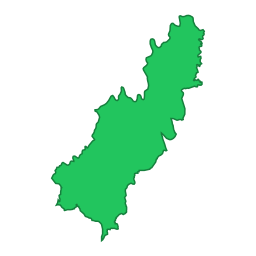 outline of Olintla, Puebla, Mexico
{"feature_id": "50627088B53016454069278", "entity_name": "Olintla", "entity_type": "district", "adm_level": 2, "iso_a3": "MEX", "parent_name": "Mexico", "parent_adm1": "Puebla", "projection": "robinson", "projection_center": [-97.671, 20.114], "detail": "fine", "context": "isolated", "style": "filled", "palette": "green", "viewbox_px": 256, "rotation_deg": 0, "n_neighbors": 0, "source": "geoboundaries", "source_scale": "gbopen_adm2", "svg_char_len": 5769}
<svg xmlns="http://www.w3.org/2000/svg" viewBox="0 0 256 256"><path d="M204.0,33.4L203.5,33.1L203.6,32.7L204.3,31.3L203.0,29.7L200.6,30.5L199.2,30.1L198.2,28.7L195.1,25.8L193.3,21.6L193.1,18.5L192.9,17.7L192.3,17.0L189.9,15.7L188.4,15.4L186.5,15.6L184.8,16.4L183.0,16.7L181.9,16.5L180.7,15.9L180.0,15.9L179.3,16.3L179.2,17.1L180.3,23.3L179.8,26.0L179.1,26.3L177.8,26.3L175.2,25.3L172.9,23.3L171.7,23.5L171.3,23.9L170.3,25.6L170.0,30.7L168.6,34.0L168.5,34.8L168.9,35.9L169.9,37.0L170.0,38.1L169.6,39.1L166.7,41.9L165.1,42.4L163.8,42.4L162.5,43.5L161.6,44.4L161.1,46.3L160.5,46.6L159.9,47.4L158.3,47.6L157.8,47.4L156.9,46.7L155.5,45.1L155.1,43.7L154.6,41.0L153.9,39.6L153.3,39.2L152.4,38.9L151.0,39.2L150.5,40.0L150.2,41.1L150.2,43.9L151.4,47.5L152.5,49.8L152.9,51.1L152.7,52.6L151.7,54.9L150.8,55.9L146.4,57.8L146.0,59.3L146.3,61.0L147.1,62.4L147.6,62.8L147.5,63.9L146.6,65.3L143.8,67.6L143.2,68.6L143.5,70.0L147.5,77.0L147.3,78.0L147.6,80.4L148.4,83.6L148.6,85.8L147.9,89.0L144.8,91.2L144.5,92.3L144.5,96.1L144.2,98.7L143.9,99.3L143.4,99.6L142.7,99.5L141.5,98.7L141.0,96.6L140.4,95.3L139.2,94.6L138.5,94.6L138.0,94.8L137.5,95.7L137.2,98.9L136.3,101.1L135.7,101.6L134.1,101.6L132.8,100.7L132.3,99.7L131.0,98.3L130.2,97.8L128.0,97.5L126.0,95.5L125.3,94.4L125.0,92.4L123.6,88.2L122.9,87.4L121.7,87.0L121.2,87.8L121.4,91.1L120.1,94.1L118.7,95.9L118.5,96.9L118.7,98.8L118.3,99.6L117.4,100.5L116.9,100.5L116.0,100.2L115.0,99.2L114.1,97.3L112.9,95.7L112.7,95.5L112.0,95.7L111.0,96.3L108.7,100.5L106.5,103.3L104.6,104.7L100.6,106.5L98.6,109.0L97.4,109.6L95.0,109.8L95.0,110.6L95.3,111.3L96.5,111.6L97.3,112.4L99.2,115.5L99.6,117.4L98.2,122.1L96.7,123.6L96.3,124.3L96.1,127.2L95.7,128.5L94.5,130.3L94.3,131.9L93.5,133.5L92.3,135.1L92.1,136.3L94.3,139.1L94.6,139.7L94.1,140.2L93.0,140.7L92.1,141.6L89.1,145.3L87.7,147.7L87.1,147.9L86.0,146.5L85.3,146.4L85.0,146.8L85.2,148.3L85.0,149.6L82.6,150.3L82.1,152.1L82.2,153.3L82.1,153.7L80.4,154.7L79.5,156.0L79.1,157.5L78.4,158.0L77.5,157.9L75.0,156.2L74.1,156.1L73.2,156.4L72.9,157.3L72.9,158.4L73.8,160.6L73.8,161.4L71.8,161.1L71.0,161.2L70.3,162.0L69.7,164.1L68.3,165.1L67.2,165.1L63.1,162.5L62.6,162.6L62.0,163.1L61.2,164.9L60.8,165.4L60.4,165.7L59.6,165.8L59.0,167.0L58.4,167.4L57.0,167.3L56.4,168.7L56.4,169.3L55.5,170.0L55.1,170.7L55.7,171.9L55.6,172.9L55.1,173.7L54.1,174.1L53.3,174.9L51.7,178.2L55.7,183.4L58.9,183.8L60.3,185.3L61.7,187.7L61.0,188.0L61.2,189.0L60.7,191.3L60.6,194.4L59.4,195.1L59.1,195.5L59.4,197.6L60.0,199.1L59.7,201.4L59.5,201.5L59.0,201.1L58.2,199.9L57.6,202.9L56.4,205.1L57.8,204.7L60.4,205.1L62.0,207.4L64.1,208.9L64.3,209.4L64.2,210.1L64.6,210.5L67.7,209.6L70.0,209.7L72.4,209.4L73.0,209.1L73.2,208.8L74.0,208.9L74.4,208.7L74.4,208.1L74.7,207.8L76.1,207.0L76.4,206.6L76.5,205.8L76.2,204.8L76.5,204.5L76.9,204.5L77.0,205.2L77.8,206.4L78.7,206.5L78.9,207.4L79.9,208.8L80.3,210.7L84.0,214.0L85.4,216.4L87.9,217.2L89.1,218.0L90.8,218.2L91.5,218.9L92.0,220.4L93.4,220.5L95.4,221.2L98.1,221.3L99.2,221.8L101.0,223.6L101.6,224.6L102.6,229.1L102.6,233.9L101.6,236.7L101.6,240.6L103.0,239.5L103.0,238.6L103.8,238.1L104.5,236.1L105.0,235.7L105.1,235.3L107.5,234.3L107.5,232.7L107.0,231.6L107.3,230.4L107.2,229.5L108.1,229.2L110.1,229.6L110.4,228.8L111.1,228.2L112.1,228.4L114.3,228.3L116.5,229.1L117.7,229.1L118.2,228.8L117.9,227.5L118.1,226.8L117.4,224.3L116.8,223.7L115.2,223.7L115.2,222.7L114.5,222.1L114.5,221.6L114.8,220.9L115.4,220.7L115.5,219.1L116.2,218.4L116.1,217.5L116.7,217.2L119.1,214.6L121.1,213.6L122.1,213.7L123.2,214.5L125.2,213.5L125.4,212.8L126.2,212.6L126.6,211.9L126.4,211.2L126.6,209.5L126.6,207.2L126.4,206.5L126.1,206.3L126.0,205.2L125.5,204.3L125.2,202.9L125.8,201.7L125.6,200.4L124.6,197.6L126.1,195.4L125.3,191.0L125.5,189.2L126.9,187.7L127.3,185.9L128.5,184.5L130.5,183.4L131.3,183.3L132.6,184.0L134.1,184.2L134.8,183.3L134.9,182.8L134.7,181.6L133.9,179.7L133.7,178.4L134.3,177.5L134.1,176.8L134.6,175.9L134.8,175.1L134.5,174.1L134.7,173.6L136.5,173.1L137.8,173.2L137.7,171.9L139.0,171.7L139.2,170.4L144.2,170.4L149.8,169.2L149.8,168.9L150.4,168.3L151.7,167.7L155.7,162.0L156.3,159.3L157.2,158.7L157.3,157.8L158.9,155.9L160.6,155.2L162.5,153.6L163.4,150.7L163.9,150.3L164.6,150.3L165.4,150.7L166.3,150.7L166.8,150.4L165.8,148.2L164.6,144.0L162.6,138.5L162.4,136.8L161.5,134.6L161.4,133.0L163.6,135.0L166.5,138.3L169.5,139.6L170.8,139.6L172.1,139.1L173.5,138.2L175.0,136.6L176.2,134.1L175.2,132.8L174.7,132.7L174.7,132.0L173.7,129.7L173.0,125.1L172.5,124.6L172.0,121.5L171.0,118.5L173.4,118.6L177.0,120.2L178.2,120.0L178.7,119.6L180.5,119.5L181.4,119.6L181.9,120.1L182.2,119.7L183.2,119.5L183.0,118.1L184.8,114.2L184.9,108.7L181.7,98.4L183.3,94.8L183.4,93.4L183.2,92.7L181.7,91.3L181.4,90.4L181.6,89.8L183.5,88.6L184.6,88.3L185.3,88.6L187.8,88.1L188.6,88.3L194.6,86.2L195.4,86.6L197.0,86.9L197.5,86.6L197.6,85.2L198.9,84.9L199.8,85.2L201.2,85.1L202.0,84.3L202.0,82.5L201.8,82.0L201.4,82.0L200.7,82.4L200.2,82.3L200.2,81.2L199.1,80.8L198.6,79.5L198.3,79.3L198.0,79.3L197.7,79.9L196.8,80.4L195.7,79.9L195.3,79.9L194.6,80.5L194.2,80.6L193.9,80.6L193.6,80.2L194.7,78.1L196.0,77.0L195.9,76.2L195.5,75.5L195.7,74.7L196.3,73.7L196.5,72.7L197.5,72.6L198.1,72.2L197.2,69.2L196.5,67.9L197.1,66.3L196.7,64.9L197.0,64.6L197.8,64.6L198.6,65.3L199.1,66.3L199.6,66.4L200.0,65.5L200.1,64.6L201.6,63.7L200.2,61.9L200.2,59.7L201.0,58.2L200.7,56.4L199.9,56.3L198.5,57.0L198.0,56.8L197.8,55.9L198.0,55.2L200.9,52.5L200.9,51.4L199.6,50.3L199.0,47.4L199.5,46.6L201.1,46.4L201.7,46.0L201.8,44.9L200.6,44.1L200.9,43.5L201.7,43.7L202.0,43.5L202.0,43.2L201.2,41.7L200.0,41.0L199.7,40.0L198.8,40.0L198.6,39.7L198.8,39.2L199.3,38.9L199.8,38.9L201.5,39.6L202.4,39.3L203.0,38.8L203.1,38.4L202.7,37.5L202.6,36.4L202.9,35.6L203.5,35.3L204.0,34.6L204.0,33.4Z" fill="#22c55e" stroke="#15803d" stroke-width="1.5"/></svg>